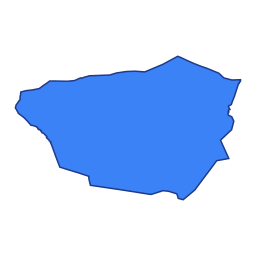 the district of "Midtre Gauldal" nor, Sør-Trøndelag, Norway
{"feature_id": "86288312B16498959259468", "entity_name": "\"Midtre Gauldal\" nor", "entity_type": "district", "adm_level": 2, "iso_a3": "NOR", "parent_name": "Norway", "parent_adm1": "Sør-Trøndelag", "projection": "natural_earth1", "projection_center": [10.569, 62.895], "detail": "fine", "context": "isolated", "style": "filled", "palette": "blue", "viewbox_px": 256, "rotation_deg": 0, "n_neighbors": 0, "source": "geoboundaries", "source_scale": "gbopen_adm2", "svg_char_len": 3753}
<svg xmlns="http://www.w3.org/2000/svg" viewBox="0 0 256 256"><path d="M183.2,199.7L194.8,190.0L203.0,179.0L204.6,176.9L206.7,174.1L210.0,169.7L216.7,160.7L228.8,158.5L220.5,140.2L226.6,134.4L231.6,129.7L233.8,121.2L231.8,116.8L228.5,115.2L228.3,115.0L228.1,114.8L228.1,114.5L228.1,113.4L228.2,113.0L228.3,112.9L228.4,112.7L228.4,112.4L228.5,112.3L228.8,112.2L228.8,111.9L228.7,111.9L228.5,111.7L228.4,111.6L228.2,111.4L228.4,111.0L228.3,110.9L228.4,110.7L228.5,110.7L228.6,110.4L228.6,110.2L228.8,110.0L228.9,109.9L229.0,109.9L229.3,109.8L229.5,109.8L229.7,109.7L229.7,109.4L229.8,109.4L229.7,109.2L229.5,108.6L229.3,108.5L229.2,108.4L229.1,108.2L228.8,107.6L228.9,107.4L228.8,107.1L228.7,107.0L228.7,106.9L228.6,106.6L228.5,106.4L228.6,106.2L228.7,105.9L228.8,105.9L229.0,105.9L229.1,105.7L229.9,105.3L230.6,105.0L231.0,104.8L231.3,104.5L231.4,104.3L231.6,103.8L232.1,102.1L233.7,98.1L234.4,96.5L236.9,88.6L237.0,88.4L238.5,83.7L238.8,83.7L239.0,83.5L239.1,83.4L239.1,83.2L239.3,83.0L239.3,82.9L239.4,82.7L239.5,82.6L239.5,82.4L239.8,82.2L239.8,81.9L239.8,81.7L239.9,81.4L240.0,81.4L240.3,81.3L240.3,81.2L240.2,81.1L240.2,80.9L240.3,80.9L240.4,80.7L240.5,80.7L240.6,80.4L240.6,80.2L240.4,80.0L240.4,79.9L240.5,79.8L240.5,79.7L231.9,80.0L223.8,77.9L221.3,75.5L218.8,73.2L206.6,68.2L201.9,66.6L199.5,65.7L194.9,63.9L190.7,62.1L187.9,60.8L185.2,59.6L183.1,58.6L181.0,57.6L179.3,56.9L179.0,56.7L177.7,56.3L162.7,64.4L144.8,71.9L135.1,71.2L126.5,71.5L116.3,73.0L115.0,73.4L109.4,75.1L108.9,75.1L107.5,75.1L99.8,75.4L89.3,75.8L87.4,76.4L86.4,76.6L86.2,76.7L85.7,76.8L85.1,77.0L84.7,77.1L83.5,77.4L81.9,78.4L81.4,78.0L81.1,77.9L80.5,77.9L78.0,79.0L77.2,79.4L75.8,80.0L75.0,80.4L74.0,80.6L72.0,80.8L71.7,80.8L68.4,81.2L67.0,81.2L66.7,81.2L66.2,81.2L64.1,81.2L59.5,81.1L53.2,81.0L49.7,81.0L49.3,81.3L45.9,83.8L43.3,85.5L40.3,87.8L39.0,88.6L32.4,89.9L25.7,90.7L21.3,91.9L20.9,91.9L20.6,93.4L20.6,93.6L20.6,93.9L20.6,94.4L20.6,94.5L20.4,95.4L20.3,95.5L20.3,95.8L20.2,96.1L20.2,96.3L20.1,96.7L20.1,96.9L20.0,97.1L20.0,97.3L20.0,97.7L20.2,99.5L19.4,100.2L17.8,102.7L16.2,104.8L15.4,107.7L15.6,108.4L16.4,109.6L17.8,112.1L18.3,113.3L19.9,114.5L23.6,117.3L25.2,118.8L25.6,119.3L26.1,119.8L27.6,121.4L29.1,123.1L30.2,124.3L30.7,125.0L30.9,125.2L31.2,125.3L32.8,125.5L33.0,125.6L34.0,125.9L34.8,126.1L35.2,126.3L36.2,126.6L36.4,126.8L36.6,126.9L37.4,127.4L37.3,127.5L37.5,127.6L37.5,128.0L37.7,128.4L37.9,128.6L38.0,128.7L38.2,128.9L38.2,129.0L38.3,129.3L38.4,129.5L38.5,129.5L38.9,129.5L39.0,129.6L39.4,129.5L39.5,129.5L40.0,129.8L40.4,130.1L40.8,130.2L40.9,130.3L40.6,130.4L40.5,130.5L40.8,130.7L40.8,130.8L41.0,131.0L41.0,131.3L41.4,131.7L41.6,131.9L41.8,132.1L42.0,132.4L41.9,132.5L42.1,132.7L42.1,132.8L42.6,133.0L42.9,133.0L43.1,133.0L43.3,133.0L43.9,133.5L44.4,134.2L44.6,134.3L44.8,134.7L45.3,135.0L45.6,135.1L45.8,135.3L45.9,135.5L46.0,135.6L46.1,135.9L46.3,136.1L46.5,136.2L46.5,136.3L46.6,136.5L46.8,136.7L46.7,136.8L46.5,137.1L46.4,137.2L46.4,137.3L46.6,137.5L46.7,137.8L46.8,137.9L46.8,138.0L47.1,138.1L47.2,138.3L47.3,138.3L47.5,138.4L47.6,138.5L47.8,138.9L47.8,139.0L48.1,139.2L48.3,139.2L48.4,139.3L48.5,139.5L48.8,139.7L48.8,139.8L49.0,139.9L49.0,140.0L49.1,140.3L49.2,140.6L49.2,140.8L49.3,140.9L49.5,141.0L49.9,141.1L50.1,141.3L50.4,141.7L50.4,141.8L50.5,141.8L50.9,142.0L50.8,142.4L50.8,142.5L50.7,142.6L50.8,142.7L50.8,142.8L50.8,143.3L50.9,143.6L51.1,143.9L51.4,144.5L51.6,144.8L51.6,145.0L51.9,145.8L52.0,145.9L52.0,146.1L52.7,148.0L55.0,154.2L55.2,155.0L59.8,167.1L68.9,170.0L78.6,172.9L88.8,176.3L88.7,176.8L88.8,177.6L89.0,179.5L89.1,179.8L90.4,185.3L99.3,186.6L117.0,189.2L126.8,190.7L150.3,194.4L150.6,194.4L151.3,194.4L162.9,190.7L168.2,191.2L176.8,193.8L178.3,198.4L183.2,199.7Z" fill="#3b82f6" stroke="#1e3a8a" stroke-width="1.5"/></svg>